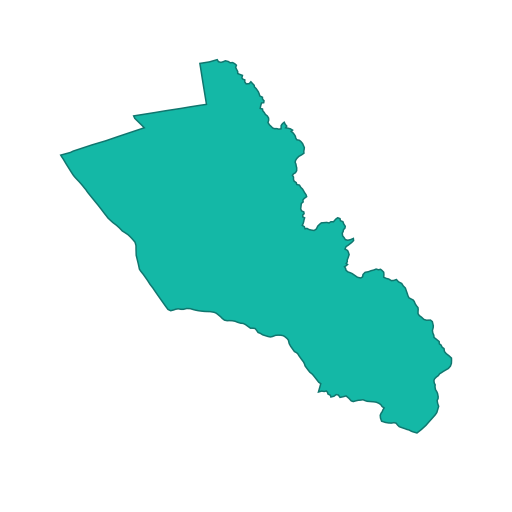 outline of Plácido de Castro, Acre, Brazil, rotated 261°
{"feature_id": "56859067B28621005607403", "entity_name": "Plácido de Castro", "entity_type": "district", "adm_level": 2, "iso_a3": "BRA", "parent_name": "Brazil", "parent_adm1": "Acre", "projection": "natural_earth1", "projection_center": [-67.366, -10.241], "detail": "fine", "context": "isolated", "style": "filled", "palette": "teal", "viewbox_px": 512, "rotation_deg": 261, "n_neighbors": 0, "source": "geoboundaries", "source_scale": "gbopen_adm2", "svg_char_len": 5499}
<svg xmlns="http://www.w3.org/2000/svg" viewBox="0 0 512 512"><g transform="rotate(261 256 256)"><path d="M386.2,78.9L384.0,79.8L382.1,80.7L379.1,81.9L376.6,82.9L371.7,85.0L367.7,86.7L364.8,88.0L363.1,88.9L361.5,89.9L359.0,91.6L357.3,92.8L354.3,94.7L352.3,95.9L349.8,97.3L348.2,98.3L346.6,99.0L344.3,100.2L342.4,101.3L335.3,105.4L330.9,108.0L325.4,111.0L320.9,113.4L319.0,114.5L316.7,115.7L314.4,117.5L311.5,119.8L308.2,123.0L305.1,125.5L301.7,127.8L299.5,130.3L297.0,133.0L294.5,134.9L292.6,136.2L290.7,137.4L288.5,138.7L285.0,139.1L281.0,138.5L275.4,137.8L266.9,138.5L263.3,138.7L261.2,138.8L259.0,139.8L255.3,141.9L249.0,145.0L244.6,146.9L240.4,149.2L238.0,150.3L232.6,152.9L220.8,158.7L217.0,160.7L215.3,163.2L215.6,166.2L216.0,168.4L216.0,171.0L215.1,173.5L214.7,176.1L215.0,179.3L214.3,182.8L212.9,185.7L212.0,187.8L211.1,190.2L210.1,193.5L209.3,196.5L208.9,198.5L208.2,202.2L207.0,205.7L206.1,207.3L204.9,208.6L201.5,211.6L199.6,212.9L197.6,214.8L196.6,217.4L196.4,219.4L195.8,222.4L194.8,225.2L193.5,227.3L192.0,230.4L191.4,232.8L190.0,234.8L185.6,239.2L185.1,241.9L184.5,243.8L182.6,244.9L180.1,246.1L179.0,248.1L177.1,250.3L175.8,252.9L174.6,255.3L173.8,257.5L173.9,259.7L174.6,262.9L174.4,265.3L173.9,268.1L173.0,270.5L171.5,272.2L169.5,273.9L167.9,274.8L164.2,275.1L161.4,276.1L158.2,277.7L155.6,279.0L154.2,280.9L152.8,282.0L150.4,283.0L146.8,284.8L143.8,286.4L141.8,287.0L139.7,287.3L135.1,289.7L132.8,291.0L130.4,293.2L127.5,294.9L121.5,298.2L119.8,300.0L117.1,298.8L111.9,296.4L112.3,299.8L111.5,302.2L111.7,304.3L110.2,305.3L108.4,305.5L106.8,307.7L105.0,307.9L105.3,311.1L106.6,313.5L105.8,315.6L103.2,316.9L103.4,320.4L103.7,323.1L100.9,325.5L98.0,327.4L97.0,329.3L97.3,331.6L97.5,334.3L97.3,336.8L97.3,339.2L96.0,341.3L95.1,343.1L94.2,346.8L93.6,349.4L92.8,351.9L91.3,354.3L89.7,356.0L87.6,357.0L85.9,358.8L84.1,357.2L82.6,356.4L81.2,355.0L79.3,353.8L76.5,353.6L73.2,354.2L71.4,357.7L70.4,360.7L69.8,363.5L69.8,366.2L69.0,368.2L66.9,369.4L65.0,370.8L63.4,373.7L62.1,376.2L61.1,377.9L60.2,380.0L58.7,381.9L57.8,383.5L56.0,387.3L58.8,392.3L62.1,397.3L64.8,400.5L68.3,404.8L71.0,408.1L73.1,410.1L77.3,412.1L79.0,412.9L81.5,412.4L83.3,412.3L85.0,412.3L86.7,413.5L88.5,413.9L91.8,413.8L93.8,413.3L95.8,412.4L98.7,412.3L100.8,412.8L102.6,412.2L105.1,412.2L106.8,413.2L108.3,415.3L109.3,417.3L111.0,419.0L111.7,420.8L112.6,422.7L113.8,425.7L114.8,428.4L116.8,430.8L119.4,432.2L122.3,432.8L124.6,433.1L127.4,430.9L129.8,428.6L132.2,427.2L135.2,427.2L136.7,425.6L139.2,424.8L140.5,423.4L142.9,423.5L144.2,422.3L145.6,421.1L147.7,419.1L150.0,419.2L152.2,418.6L154.9,418.6L157.6,419.8L159.3,420.2L163.6,419.9L165.4,418.3L165.9,414.3L167.1,411.9L169.7,409.9L171.6,408.0L173.7,407.0L176.1,407.4L177.7,407.8L179.7,407.9L181.5,406.8L184.0,405.7L186.3,405.2L188.0,404.3L189.2,402.6L190.8,400.5L193.2,399.8L194.9,399.6L198.1,399.0L201.0,398.5L203.5,396.7L206.1,395.6L208.2,392.7L210.8,391.0L210.3,388.4L210.5,385.8L212.5,383.5L213.6,380.9L215.1,378.8L217.5,379.4L220.0,379.6L222.1,378.1L223.4,376.9L223.2,374.9L224.3,372.6L223.7,370.0L223.5,367.4L222.9,364.6L222.8,361.2L221.0,358.8L218.7,358.0L217.9,356.0L219.1,352.9L221.6,350.3L223.6,348.2L224.9,346.2L225.9,344.3L227.8,342.7L229.9,342.5L231.5,341.7L232.3,343.5L233.3,345.1L234.5,343.9L236.1,345.3L237.7,345.4L239.9,346.7L242.8,348.2L245.3,347.8L247.1,347.3L248.9,345.0L251.2,346.4L252.1,348.5L253.0,350.1L254.3,352.5L256.0,354.8L258.1,354.9L257.4,352.1L257.2,349.1L258.2,346.8L260.3,345.9L262.4,344.7L265.1,344.8L266.5,345.9L268.3,346.5L269.6,348.2L271.4,348.8L273.8,347.7L276.3,347.2L277.7,344.9L279.8,344.8L281.0,342.7L280.1,340.8L279.0,339.4L277.7,337.9L278.1,335.3L277.2,333.3L278.1,331.1L278.5,325.7L277.4,323.8L275.9,321.7L273.2,319.8L272.1,317.4L272.9,314.8L273.8,312.6L275.3,310.6L275.2,308.7L277.4,308.3L279.0,306.5L281.0,307.8L282.8,308.6L284.3,309.1L286.1,310.0L287.3,308.3L289.2,308.6L290.2,310.1L292.1,310.1L293.4,308.1L295.5,307.5L298.0,308.2L300.8,309.0L302.0,311.0L304.0,311.1L305.3,312.6L306.7,315.3L308.7,315.0L311.2,313.8L313.2,313.1L314.9,312.4L316.7,311.0L319.2,310.0L320.3,307.4L322.2,307.2L323.9,305.4L325.8,305.0L328.1,305.4L330.0,304.6L331.2,305.8L332.1,308.0L333.9,309.5L336.7,310.0L338.5,309.8L340.5,309.8L342.5,309.3L344.3,310.1L345.9,311.5L347.7,313.9L348.7,316.7L350.0,319.4L352.1,319.6L353.7,320.2L355.5,320.7L357.4,320.2L359.8,319.6L362.1,318.2L363.5,316.9L364.4,314.5L366.2,313.7L368.1,313.6L369.9,312.9L371.9,311.8L373.6,310.2L374.6,311.8L376.2,309.9L377.3,307.4L378.0,305.3L379.5,306.7L381.4,305.5L383.7,304.8L382.6,302.9L381.0,301.3L379.5,301.0L377.7,300.6L377.7,298.4L378.6,296.4L378.9,294.1L379.9,292.4L381.5,291.3L383.4,289.8L386.0,288.7L388.2,289.8L390.3,290.0L392.5,289.1L394.4,287.4L396.4,286.6L398.4,285.4L400.2,285.4L401.1,283.2L403.8,284.2L406.3,285.4L406.2,287.6L408.1,288.2L409.9,287.0L411.8,287.2L413.5,284.8L415.7,284.5L417.8,284.0L419.5,283.2L421.4,282.3L423.2,280.9L424.9,280.9L427.1,279.4L428.9,278.2L427.3,276.3L427.5,273.3L429.7,272.1L431.7,272.5L432.6,270.8L434.2,269.9L436.5,270.9L437.8,268.6L439.1,266.5L441.0,266.8L443.1,266.1L445.5,265.4L447.5,266.5L449.2,265.1L450.7,263.2L450.9,260.7L452.4,259.1L453.6,256.3L453.0,253.9L452.7,251.6L453.8,249.3L456.0,248.4L455.0,240.4L455.0,230.7L443.5,230.7L434.9,230.7L416.5,230.8L413.5,230.8L413.6,224.0L413.6,213.8L413.5,204.9L413.6,189.7L413.5,178.8L413.5,170.8L413.5,157.1L410.9,157.8L402.7,163.9L400.1,165.7L395.6,138.7L393.3,125.7L391.4,111.4L388.2,91.8L387.3,88.9L386.2,78.9Z" fill="#14b8a6" stroke="#0f766e" stroke-width="1.5"/></g></svg>